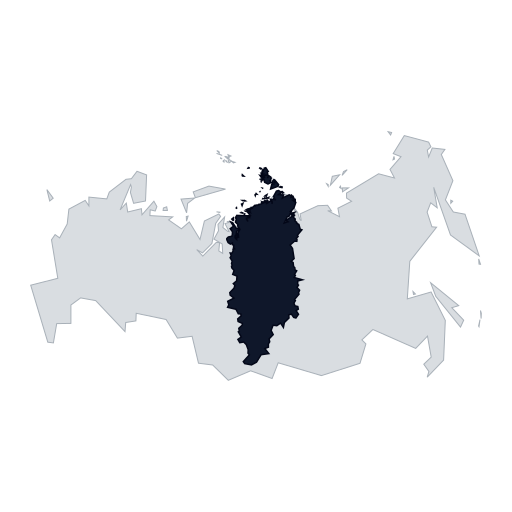 location of Krasnoyarsk within Russia
{"feature_id": "RUS-2603", "entity_name": "Krasnoyarsk", "entity_type": "Territory", "adm_level": 1, "iso_a3": "RUS", "parent_name": "Russia", "parent_adm1": "", "projection": "orthographic", "projection_center": [95.961, 66.535], "detail": "fine", "context": "in_parent", "style": "filled", "palette": "ink", "viewbox_px": 512, "rotation_deg": 0, "n_neighbors": 0, "source": "natural_earth", "source_scale": "10m", "svg_char_len": 9838}
<svg xmlns="http://www.w3.org/2000/svg" viewBox="0 0 512 512"><path d="M443.6,360.1L427.2,377.2L428.9,371.5L423.8,364.2L431.2,357.1L427.5,336.1L415.7,348.4L372.9,329.5L361.9,339.9L365.9,343.9L360.0,363.3L321.4,375.6L278.2,362.8L272.1,378.5L250.6,370.8L228.3,380.3L212.7,365.0L198.5,363.2L192.1,336.3L177.4,338.1L166.1,319.5L136.2,313.3L135.9,320.9L125.7,322.5L125.0,331.6L95.7,300.6L80.6,297.9L70.9,305.0L70.9,323.4L56.7,323.6L53.4,342.9L47.8,342.2L30.7,285.2L57.8,278.3L51.5,239.8L55.1,234.6L59.6,237.9L67.2,224.0L68.9,209.1L85.2,200.4L88.9,205.9L88.9,197.1L106.8,198.9L109.3,192.1L126.0,179.3L131.4,178.7L137.0,171.3L146.6,174.9L145.5,201.0L133.6,203.3L130.4,192.4L131.4,187.1L130.6,184.6L120.1,209.9L126.3,203.1L127.7,212.0L141.4,208.7L142.0,214.8L153.9,201.2L156.9,206.6L155.2,211.0L150.2,209.8L149.9,215.6L172.7,216.9L168.6,219.9L181.4,228.8L189.3,221.9L200.0,239.5L204.4,221.0L218.8,214.0L220.6,216.4L215.7,223.4L211.9,243.5L202.5,252.9L196.7,249.6L202.8,256.1L216.3,242.4L219.6,242.7L218.8,250.9L222.7,253.4L222.2,244.0L214.0,239.1L218.5,230.8L218.0,224.4L224.6,217.0L222.9,227.5L227.6,231.3L229.1,231.6L225.0,223.6L230.8,221.9L238.9,228.7L235.3,235.6L236.6,239.4L239.8,229.1L236.9,215.4L247.8,220.8L250.2,216.3L247.9,210.3L250.6,207.2L271.9,203.9L270.5,199.4L277.6,190.5L295.0,199.1L284.3,223.0L292.4,213.0L297.6,212.4L299.8,219.3L300.5,220.3L301.2,220.3L300.1,213.9L317.9,205.7L327.6,205.3L331.5,211.0L327.7,210.7L339.5,216.7L337.9,208.2L351.6,201.3L346.6,198.1L346.5,193.1L378.6,173.8L394.5,178.0L390.0,169.4L401.0,156.7L393.2,153.6L404.3,135.6L428.6,142.1L430.9,146.8L427.3,150.1L428.6,157.0L432.3,148.0L444.9,149.4L441.3,154.5L452.9,180.7L445.4,199.9L453.3,212.0L465.0,214.2L479.2,255.9L450.5,235.0L433.7,187.3L437.2,207.8L430.7,202.8L427.1,212.1L431.9,226.8L436.6,227.2L409.8,261.3L407.3,298.9L431.1,292.0L445.3,320.4L443.6,360.1ZM225.5,189.1L195.4,197.7L193.2,191.9L208.9,186.1L225.5,189.1ZM430.6,282.7L458.7,305.6L451.8,307.7L463.7,320.2L460.5,327.1L435.8,296.4L430.6,282.7ZM181.0,199.1L194.7,198.0L187.6,203.4L186.6,212.8L181.0,199.1ZM330.4,185.2L332.3,176.3L339.6,174.8L330.4,185.2ZM264.9,175.6L271.1,182.9L262.4,179.5L264.9,175.6ZM263.3,169.4L268.1,171.6L261.0,173.7L263.3,169.4ZM273.0,180.2L278.5,184.5L270.7,189.0L273.0,180.2ZM342.1,175.4L343.5,171.6L347.2,169.7L342.1,175.4ZM46.9,189.6L53.2,198.2L49.7,201.0L46.9,189.6ZM219.4,154.3L222.2,155.4L216.5,153.4L219.4,154.3ZM342.4,187.9L348.5,187.9L342.5,191.8L342.4,187.9ZM167.4,210.5L163.1,210.5L163.4,208.0L166.7,206.8L167.4,210.5ZM224.7,156.3L227.4,156.9L227.6,158.8L224.7,156.3ZM231.7,161.1L229.1,162.8L228.1,160.9L229.5,159.7L231.7,161.1ZM233.5,162.9L231.9,161.4L235.0,162.3L233.5,162.9ZM188.1,216.1L186.5,221.2L186.3,216.5L188.1,216.1ZM263.4,176.8L261.4,178.1L260.3,176.1L263.4,176.8ZM228.0,154.7L230.9,156.0L228.8,156.8L228.0,154.7ZM391.6,132.5L390.6,135.0L388.1,131.7L391.6,132.5ZM218.9,151.5L219.6,153.4L216.8,150.6L218.9,151.5ZM219.8,212.5L216.5,211.8L219.9,212.2L219.8,212.5ZM294.7,208.7L296.8,211.3L294.0,210.2L294.7,208.7ZM394.0,156.4L394.5,159.1L393.0,159.8L394.0,156.4ZM226.2,161.7L225.6,160.0L227.1,162.1L226.2,161.7ZM229.2,157.3L228.8,159.3L228.1,157.3L229.2,157.3ZM480.5,310.5L481.3,313.3L481.1,318.6L480.5,310.5ZM224.2,160.0L224.0,162.1L223.0,161.1L224.2,160.0ZM230.7,221.3L227.9,221.9L227.5,221.5L230.7,221.3ZM452.7,201.2L450.8,203.3L450.8,200.2L452.7,201.2ZM340.4,186.1L341.2,188.5L339.6,187.5L340.4,186.1ZM413.0,291.5L415.4,294.0L413.5,294.5L413.0,291.5ZM478.7,258.9L480.5,264.3L479.0,264.1L478.7,258.9ZM222.1,158.9L220.6,158.5L220.7,157.8L222.1,158.9ZM233.4,217.8L232.2,219.9L232.0,219.1L233.4,217.8ZM328.2,184.5L328.2,186.3L326.6,183.7L328.2,184.5ZM478.6,326.0L480.0,319.6L479.0,326.7L478.6,326.0Z" fill="#d9dde1" stroke="#a8b0b8" stroke-width="1"/><path d="M230.8,222.0L232.7,222.7L236.1,228.2L239.3,228.7L238.4,230.6L236.6,231.2L236.1,234.6L235.1,235.8L235.1,238.3L235.2,235.8L237.5,233.3L237.6,235.0L235.7,238.6L236.7,239.5L236.6,237.8L238.6,237.2L238.1,232.7L239.9,229.5L237.6,225.8L237.9,224.6L235.4,222.1L236.3,219.4L235.6,217.8L236.3,217.7L235.9,216.8L236.8,215.4L249.4,215.8L246.5,218.0L246.4,219.0L247.9,221.5L246.6,218.3L249.3,217.6L250.5,215.8L247.7,212.3L250.2,212.6L249.0,211.4L249.5,211.2L247.8,210.4L248.6,209.2L249.9,210.9L249.7,210.2L251.0,208.8L250.7,208.4L251.8,208.3L250.6,207.2L252.1,207.9L254.7,205.4L255.4,205.9L255.9,205.1L258.7,204.9L258.9,204.3L260.0,204.3L262.0,203.6L263.1,203.1L260.9,202.8L262.8,202.3L262.3,201.8L267.2,203.0L266.8,203.6L270.6,200.8L272.2,202.2L272.0,204.0L272.3,201.8L270.5,199.3L276.0,199.7L273.7,198.7L274.2,197.3L273.5,196.6L276.4,191.1L278.6,190.5L281.2,192.3L278.3,194.7L283.6,194.9L282.4,198.0L289.2,194.8L291.4,196.3L291.0,197.3L292.5,196.9L292.3,197.6L293.0,198.1L292.7,198.8L293.4,197.1L294.5,199.7L295.2,199.5L295.3,201.7L295.1,200.9L294.2,201.0L294.3,200.7L293.1,200.1L292.7,200.2L295.8,202.4L293.9,208.1L290.7,211.3L291.4,211.3L288.9,216.3L287.2,216.8L284.2,223.0L288.1,221.8L286.0,220.6L294.1,214.8L294.6,215.2L293.2,217.1L295.2,219.0L295.0,220.9L296.8,222.4L296.6,223.3L298.9,224.4L300.2,229.2L301.9,229.8L297.4,235.2L298.1,236.5L296.3,238.4L297.0,239.5L296.8,241.3L294.5,241.2L290.1,245.0L292.5,248.4L294.1,258.6L291.2,261.3L293.1,262.5L293.6,266.5L294.8,267.7L295.0,269.9L296.7,270.8L294.5,274.4L295.4,275.4L294.2,277.5L302.3,279.8L297.7,281.0L297.7,284.4L298.5,285.1L297.0,287.5L299.6,290.2L298.5,292.7L299.0,294.2L294.5,299.5L295.4,300.6L293.9,303.1L295.0,305.9L297.8,306.5L298.3,309.2L296.1,310.6L298.5,314.3L295.9,318.0L293.7,317.4L291.4,314.1L288.7,314.9L289.0,318.0L284.4,322.5L283.4,327.4L280.6,323.1L276.8,325.7L273.1,325.2L271.1,330.4L273.2,334.6L269.1,338.9L269.7,341.8L268.4,343.9L268.4,347.2L264.8,348.5L268.8,353.6L261.1,354.7L256.5,362.2L251.5,364.9L244.7,363.6L243.3,361.6L249.4,354.8L248.0,353.2L248.2,349.7L246.3,344.6L243.7,342.0L239.8,342.7L237.9,339.4L241.3,337.0L238.3,331.8L239.3,331.1L238.8,328.3L242.2,325.2L242.4,323.4L238.1,321.5L237.7,318.9L241.2,315.8L240.7,313.9L238.3,313.8L236.0,309.3L227.6,307.3L228.8,304.8L227.7,301.3L233.9,298.1L230.2,295.2L229.8,292.6L234.0,288.2L234.9,285.4L233.3,283.6L236.6,280.9L237.0,276.1L232.7,274.4L234.1,270.5L231.8,267.9L231.5,266.2L232.3,265.5L231.5,263.5L232.2,261.1L230.1,257.7L231.2,255.9L230.2,253.0L231.8,253.2L233.1,251.1L233.0,249.1L234.5,248.8L233.5,247.5L233.8,245.2L232.4,244.7L232.4,243.0L230.4,244.1L228.1,242.6L226.8,239.7L226.8,238.5L228.3,237.0L231.9,236.2L232.3,234.5L232.5,231.8L230.2,228.7L233.5,226.2L230.8,222.0ZM271.1,182.4L268.0,184.0L264.6,182.3L264.0,179.6L263.2,179.7L263.5,178.8L262.6,179.8L262.2,179.0L264.5,177.4L263.9,176.8L264.8,175.5L267.9,175.0L268.5,175.8L267.5,178.1L269.0,175.8L270.9,177.2L270.7,180.6L269.9,180.8L271.1,182.4ZM265.8,167.7L268.2,171.4L267.3,171.8L267.7,174.0L267.4,174.7L264.3,175.3L263.4,176.2L261.5,174.9L262.9,174.1L260.8,174.0L262.2,173.5L261.4,173.0L262.4,172.7L263.1,170.9L262.3,171.0L262.9,169.6L265.6,168.2L265.1,167.9L265.8,167.7ZM278.6,184.6L278.0,186.3L270.6,189.0L271.8,184.2L272.9,184.1L272.4,183.8L272.4,182.6L272.6,182.3L273.3,182.6L272.5,182.1L272.6,181.2L273.9,179.5L275.0,180.2L274.4,183.5L275.7,181.1L278.6,184.6ZM260.1,175.6L263.5,176.8L262.5,178.0L261.1,178.2L261.7,177.8L260.1,175.6ZM294.7,212.3L292.0,215.5L291.4,214.7L292.0,213.1L294.7,212.3ZM233.6,220.1L233.1,220.4L231.8,219.1L233.4,217.8L233.6,220.1ZM261.4,168.5L261.0,169.1L259.7,168.2L259.9,167.9L261.4,168.5ZM248.4,167.5L249.7,168.0L248.0,168.2L248.4,167.5ZM243.8,176.1L242.6,176.0L242.7,175.5L242.2,175.2L242.3,174.7L243.8,176.1ZM267.1,200.9L266.6,202.0L264.9,201.3L265.0,200.8L267.1,200.9ZM266.9,194.7L266.4,196.1L264.9,196.0L265.2,195.7L266.9,194.7ZM242.9,203.4L242.1,205.6L241.5,204.1L242.9,203.4ZM282.2,187.0L282.0,187.6L280.5,187.3L281.7,186.7L282.2,187.0ZM256.1,193.5L256.8,194.2L255.8,194.1L256.1,193.5ZM236.9,237.6L238.3,235.3L237.6,237.2L236.9,237.6ZM250.4,208.4L249.7,208.9L250.0,209.5L248.9,208.7L250.4,208.4ZM290.8,195.5L291.3,195.0L292.1,195.7L292.0,196.3L290.8,195.5ZM280.7,186.1L280.1,187.0L279.8,186.9L280.7,186.1ZM242.6,212.7L243.3,213.3L241.8,212.9L242.6,212.7ZM255.6,194.6L255.3,195.6L255.0,194.9L255.2,194.6L255.6,194.6ZM247.8,210.8L248.5,211.3L247.4,211.4L247.8,210.8ZM246.8,210.6L247.4,211.2L246.6,210.8L246.8,210.6ZM245.3,200.9L244.6,201.0L243.7,200.5L244.4,200.4L245.3,200.9ZM282.8,192.1L283.4,192.6L282.7,193.0L282.8,192.1ZM266.4,198.0L266.6,198.6L265.9,198.6L266.4,198.0ZM241.2,212.4L241.7,212.9L241.0,212.6L241.2,212.4ZM267.3,202.5L268.2,202.0L267.2,202.8L267.3,202.5ZM267.8,200.7L267.7,201.1L267.3,201.5L267.2,201.3L267.4,200.4L267.8,200.7ZM236.5,207.7L236.7,208.8L236.2,208.0L236.5,207.7ZM247.8,209.7L246.8,209.4L247.6,209.1L247.8,209.7ZM246.1,211.0L245.4,211.2L245.7,211.6L245.2,211.1L246.1,211.0ZM244.7,213.9L244.6,214.3L243.7,213.8L244.7,213.9ZM264.1,201.3L264.2,201.5L263.5,201.3L264.1,201.3ZM248.1,217.2L248.6,217.5L247.8,217.5L248.1,217.2ZM282.0,191.6L281.8,192.2L281.5,192.2L281.7,191.6L282.0,191.6ZM264.7,197.9L265.0,198.3L264.2,198.4L264.7,197.9ZM270.9,178.0L271.3,178.2L270.8,178.7L270.9,178.0ZM260.8,179.9L261.7,179.8L261.4,180.1L260.8,179.9ZM268.3,197.9L268.6,198.7L268.1,198.1L268.3,197.9ZM242.7,200.5L243.6,201.1L242.6,200.5L242.7,200.5ZM265.2,198.0L265.8,198.1L265.3,198.4L265.2,198.0ZM262.3,179.9L262.1,180.2L261.8,179.9L262.1,179.8L262.3,179.9ZM263.2,188.3L262.8,188.3L262.7,188.2L263.2,188.3ZM264.1,176.0L263.9,176.3L263.6,176.3L263.7,176.1L264.1,176.0ZM293.5,196.4L293.0,196.5L293.5,196.4ZM261.2,181.7L261.9,182.2L261.2,181.8L261.2,181.7ZM268.6,197.5L268.3,197.9L267.9,197.7L268.6,197.5ZM260.2,191.6L260.4,191.8L260.1,191.7L260.2,191.6ZM266.7,200.5L267.2,200.4L267.3,200.5L266.7,200.5ZM262.8,198.6L263.5,198.9L262.7,198.8L262.8,198.6ZM260.1,179.0L260.5,179.6L259.7,178.8L260.1,179.0ZM264.6,201.2L264.8,201.6L264.5,201.5L264.6,201.2ZM280.7,193.2L280.7,192.9L280.9,193.0L280.7,193.2Z" fill="#0f172a" stroke="#020617" stroke-width="1.5"/></svg>